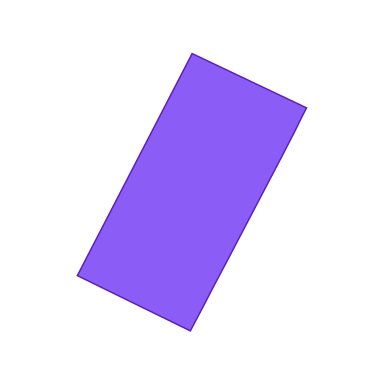 the district of Salliqueló, Buenos Aires, Argentina, rotated 252°
{"feature_id": "61730980B3490354735950", "entity_name": "Salliqueló", "entity_type": "district", "adm_level": 2, "iso_a3": "ARG", "parent_name": "Argentina", "parent_adm1": "Buenos Aires", "projection": "orthographic", "projection_center": [-63.063, -36.671], "detail": "fine", "context": "isolated", "style": "filled", "palette": "violet", "viewbox_px": 384, "rotation_deg": 252, "n_neighbors": 0, "source": "geoboundaries", "source_scale": "gbopen_adm2", "svg_char_len": 299}
<svg xmlns="http://www.w3.org/2000/svg" viewBox="0 0 384 384"><g transform="rotate(252 192 192)"><path d="M323.6,234.9L147.9,57.1L60.4,147.5L82.2,169.9L94.5,182.3L115.0,203.5L197.6,288.0L217.3,307.9L227.9,318.2L236.6,326.9L323.6,234.9Z" fill="#8b5cf6" stroke="#5b21b6" stroke-width="1.5"/></g></svg>